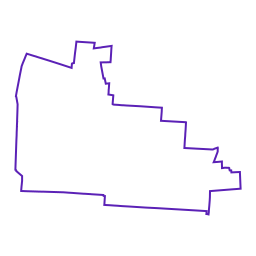 Victoria, Braila, Romania (Natural Earth projection)
{"feature_id": "2599482B65083865075040", "entity_name": "Victoria", "entity_type": "district", "adm_level": 2, "iso_a3": "ROU", "parent_name": "Romania", "parent_adm1": "Braila", "projection": "natural_earth1", "projection_center": [27.658, 44.813], "detail": "fine", "context": "isolated", "style": "outline", "palette": "violet", "viewbox_px": 256, "rotation_deg": 0, "n_neighbors": 0, "source": "geoboundaries", "source_scale": "gbopen_adm2", "svg_char_len": 2478}
<svg xmlns="http://www.w3.org/2000/svg" viewBox="0 0 256 256"><path d="M104.3,204.9L105.5,205.0L109.3,205.2L114.9,205.6L115.1,205.6L118.3,205.8L119.3,205.9L122.0,206.1L125.5,206.3L130.6,206.6L146.2,207.6L156.5,208.1L171.5,209.0L195.1,210.4L206.6,211.1L206.4,214.0L206.7,214.0L207.0,214.1L207.3,214.1L207.7,214.2L208.0,214.2L208.2,214.3L208.5,214.4L208.8,212.2L208.9,210.0L209.3,205.7L209.4,204.4L209.7,200.7L209.9,197.1L210.0,191.1L230.1,189.5L240.6,188.7L239.9,172.0L231.4,172.4L231.2,170.4L229.7,170.4L229.5,169.7L229.2,168.0L228.9,167.8L226.6,167.8L226.2,167.7L225.8,167.7L223.7,167.8L223.2,168.0L222.0,168.1L222.0,166.6L221.9,164.1L221.9,161.5L217.8,161.9L213.7,162.2L214.4,160.5L215.0,158.8L215.3,158.0L215.7,157.1L216.3,155.3L217.1,153.3L217.5,152.1L217.7,151.5L217.7,150.2L217.7,149.5L217.8,147.9L217.7,147.6L215.7,148.3L214.3,148.8L213.6,149.2L213.1,149.4L212.6,149.5L197.4,148.7L184.5,148.0L184.4,148.0L184.9,139.6L185.2,136.0L185.3,133.7L185.6,129.7L186.0,122.3L185.7,122.2L176.8,121.7L161.0,120.8L161.7,111.8L161.8,109.3L161.9,108.3L161.9,107.7L155.3,107.3L151.1,107.0L141.0,106.3L135.8,106.0L130.2,105.7L126.5,105.5L123.9,105.3L121.4,105.2L118.3,104.9L114.9,104.7L113.8,104.6L113.2,104.5L112.6,104.1L113.3,95.6L113.3,95.3L108.4,94.5L108.6,92.5L108.7,89.6L108.8,89.0L109.2,83.3L105.8,83.7L104.7,78.4L103.5,78.5L101.2,66.2L100.7,62.4L106.9,62.3L109.9,62.2L110.5,62.2L110.7,59.9L110.8,58.1L111.2,51.7L111.3,49.8L111.5,46.8L111.6,45.9L108.1,46.4L105.2,46.8L102.2,47.2L100.8,47.5L97.5,47.9L93.8,48.4L94.7,42.8L82.2,42.0L76.4,41.6L75.7,48.0L75.0,53.2L73.9,63.1L72.5,63.3L72.3,63.3L72.1,63.5L71.9,63.8L71.6,67.9L61.2,64.5L56.2,62.9L49.0,60.6L26.7,53.7L25.5,56.5L24.6,58.8L22.8,63.1L21.6,66.3L21.4,67.5L21.3,68.0L20.0,74.4L18.7,81.3L17.2,89.1L16.6,92.2L15.9,96.4L16.3,96.9L17.6,104.3L17.4,111.8L17.1,120.6L17.1,120.9L17.1,121.2L17.2,121.4L17.2,121.5L17.1,121.8L16.9,126.2L17.0,126.4L17.0,126.6L17.0,126.8L16.9,127.0L16.8,129.9L16.7,131.9L16.6,135.9L16.4,140.0L15.6,163.3L15.4,169.6L15.7,169.6L16.3,170.7L16.3,171.1L16.6,171.3L17.5,172.1L19.0,173.4L22.1,176.0L22.1,177.5L22.1,181.0L22.0,181.8L21.7,184.9L21.6,185.7L21.2,190.3L21.2,191.0L24.1,191.1L26.1,191.2L36.2,191.5L38.9,191.6L44.3,191.7L50.5,191.9L63.5,192.3L66.2,192.5L68.8,192.7L72.1,192.9L76.1,193.2L81.7,193.6L83.0,193.7L85.3,193.8L88.3,194.0L90.4,194.1L91.0,194.2L100.6,194.8L103.4,195.0L103.5,195.8L104.2,196.1L104.9,196.1L104.6,200.8L104.4,204.1L104.3,204.9Z" fill="none" stroke="#5b21b6" stroke-width="2"/></svg>